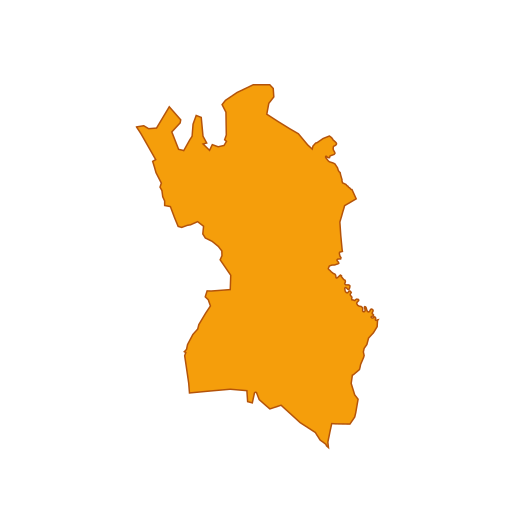 Darazo, Bauchi, Nigeria, rotated 123°
{"feature_id": "59680162B8258215962885", "entity_name": "Darazo", "entity_type": "district", "adm_level": 2, "iso_a3": "NGA", "parent_name": "Nigeria", "parent_adm1": "Bauchi", "projection": "robinson", "projection_center": [10.571, 11.108], "detail": "fine", "context": "isolated", "style": "filled", "palette": "amber", "viewbox_px": 512, "rotation_deg": 123, "n_neighbors": 0, "source": "geoboundaries", "source_scale": "gbopen_adm2", "svg_char_len": 4691}
<svg xmlns="http://www.w3.org/2000/svg" viewBox="0 0 512 512"><g transform="rotate(123 256 256)"><path d="M290.0,109.2L282.5,110.5L280.6,111.1L278.0,113.7L274.6,115.0L269.9,114.8L263.5,116.9L259.9,116.3L256.5,115.7L249.3,115.9L244.0,118.9L243.0,118.9L243.3,119.2L243.9,119.7L244.6,120.2L244.7,120.8L244.3,121.3L242.9,121.7L242.4,122.7L242.4,123.4L242.9,123.9L243.8,123.8L244.6,124.5L244.8,125.1L244.7,126.0L244.1,126.3L243.1,125.7L242.5,125.1L241.5,125.2L241.1,126.4L241.0,127.2L240.3,127.6L239.4,127.7L238.2,127.9L237.5,128.7L237.4,129.5L237.7,130.5L238.0,130.6L238.7,130.8L240.2,130.6L241.1,130.7L241.7,131.2L241.8,132.1L241.3,133.3L240.4,134.3L239.5,135.3L239.0,136.4L239.2,137.2L239.7,137.3L240.3,136.9L240.9,136.1L242.3,134.7L243.5,134.7L244.1,135.2L244.3,136.2L243.8,136.9L243.2,137.2L242.2,137.7L241.5,138.4L241.2,139.2L241.1,140.5L241.8,141.8L241.9,142.8L242.0,143.8L241.1,145.6L240.3,146.0L239.7,146.0L239.1,145.9L238.4,145.8L237.7,145.6L237.0,145.8L236.7,146.6L237.3,148.1L238.0,148.5L238.8,148.8L239.5,148.8L239.9,149.6L239.8,150.1L240.1,150.9L240.3,151.3L240.5,151.8L239.4,152.7L238.5,153.0L238.0,153.7L237.8,154.7L237.3,155.8L236.6,156.2L235.7,156.2L234.8,156.2L234.3,157.2L234.2,158.0L234.2,158.3L234.7,158.8L235.5,158.9L236.5,159.0L237.3,159.5L237.5,160.5L237.2,161.5L236.6,162.4L235.7,163.2L234.9,163.9L234.0,164.0L233.6,163.6L233.5,163.2L233.6,162.3L233.9,161.1L233.8,160.3L233.0,159.8L232.2,160.0L231.2,160.3L230.5,160.6L229.8,161.1L229.7,162.4L230.3,163.4L230.8,164.2L231.3,165.0L231.2,165.9L230.7,166.7L229.5,166.8L228.6,167.2L228.2,167.6L227.8,168.2L228.0,169.1L227.7,170.4L227.3,171.6L226.9,172.8L226.6,173.5L226.1,173.5L226.0,174.1L226.0,174.8L226.7,175.1L227.6,175.3L229.2,175.7L229.9,175.9L230.6,176.4L230.6,177.1L229.3,178.2L228.6,179.0L228.2,180.1L228.5,181.4L228.4,182.8L228.3,184.3L227.9,185.7L227.6,188.0L227.1,188.6L226.3,188.7L226.0,188.8L225.1,188.9L224.4,189.0L223.3,188.2L222.3,187.4L221.5,186.3L220.8,185.3L220.0,184.6L219.0,183.9L218.4,183.3L217.6,182.8L217.0,182.6L216.3,183.5L216.0,184.6L215.7,185.6L215.1,186.0L214.0,185.7L213.5,185.0L212.8,184.1L212.4,183.4L211.1,183.8L210.5,185.3L209.7,186.3L208.2,187.7L207.2,187.9L205.1,186.0L203.8,187.2L192.6,196.1L181.8,204.2L176.0,205.9L171.9,207.2L168.7,208.1L165.5,209.1L153.5,203.1L148.0,211.7L148.4,212.7L147.9,214.3L147.9,215.9L147.4,217.0L147.5,218.0L147.0,219.6L147.5,223.3L146.1,224.9L145.2,225.4L143.3,227.6L141.9,229.2L141.4,229.7L140.2,230.9L140.0,232.4L139.1,234.0L137.7,235.6L137.2,236.7L136.8,237.7L135.8,239.9L135.9,241.4L136.1,242.5L137.0,245.7L136.9,247.1L136.5,248.3L135.8,250.4L135.2,251.5L134.5,251.8L134.0,251.2L134.3,249.8L134.0,248.6L133.5,247.9L131.9,248.4L130.9,247.8L129.6,246.8L128.2,245.8L126.9,245.7L126.2,246.4L125.8,247.2L125.0,248.7L124.3,249.5L124.2,249.7L123.8,249.8L122.4,250.6L121.5,250.5L121.4,250.5L120.3,249.8L119.2,249.4L118.1,249.5L117.5,250.2L117.2,251.2L117.0,252.2L116.8,253.5L116.6,254.9L116.2,255.3L116.0,256.1L115.7,256.6L115.5,257.9L115.4,259.8L120.9,263.7L127.7,266.5L128.8,267.5L132.8,268.1L135.7,267.1L134.7,273.1L130.4,287.0L130.9,297.0L131.2,310.7L131.2,324.2L121.0,328.4L112.9,327.7L106.1,332.8L104.9,337.7L113.9,351.6L129.1,360.9L142.1,366.4L147.5,366.9L151.8,359.5L170.7,346.8L175.6,345.6L175.9,343.2L180.7,343.0L185.0,347.2L186.4,353.3L192.7,352.5L190.9,361.4L188.1,358.9L184.4,365.7L169.6,377.4L170.7,382.7L179.7,380.6L190.4,374.8L194.7,374.8L207.0,374.0L207.3,375.2L208.7,379.0L197.8,394.2L185.7,392.1L182.8,393.3L181.8,396.8L178.1,410.0L202.9,409.1L207.7,415.4L207.9,421.1L212.8,426.5L212.9,426.4L215.2,421.1L216.5,418.3L229.8,392.6L232.9,394.2L237.1,389.2L240.6,385.2L246.4,375.1L250.5,374.0L252.4,370.5L257.1,366.5L259.6,362.6L263.4,360.1L261.2,354.7L268.0,345.5L273.6,337.4L272.5,333.9L267.7,330.3L265.5,327.9L259.0,323.7L259.6,316.2L266.5,312.6L268.5,308.3L267.6,300.8L268.5,292.7L270.4,287.4L274.3,284.7L278.7,284.0L285.9,266.7L298.2,259.3L309.7,274.4L311.9,278.0L317.7,276.4L317.9,276.3L318.7,272.2L322.7,267.0L331.3,267.1L344.6,266.6L349.0,265.1L356.2,266.2L367.5,265.2L372.2,263.4L375.3,264.0L375.2,262.3L378.5,261.5L387.1,253.9L399.4,243.1L407.1,237.2L396.3,223.6L390.1,215.7L381.8,205.1L373.9,190.3L382.7,183.7L381.2,179.1L371.7,182.7L371.0,182.6L370.6,182.3L370.2,181.3L374.7,175.1L376.2,164.9L376.7,161.1L367.5,153.7L371.7,128.2L371.7,124.8L371.7,110.1L372.3,108.8L373.0,107.4L373.6,105.9L375.4,102.1L375.5,100.7L375.6,98.3L375.9,94.7L376.5,94.0L376.8,93.5L377.2,90.9L373.2,94.2L372.2,94.7L367.5,96.5L363.3,98.2L355.3,101.2L353.5,98.0L350.9,93.8L345.8,85.7L337.3,85.5L333.1,87.0L320.5,92.4L318.7,97.6L311.0,106.8L303.4,110.3L302.6,109.7L294.9,107.4L292.5,108.2L290.0,109.2Z" fill="#f59e0b" stroke="#b45309" stroke-width="1.5"/></g></svg>